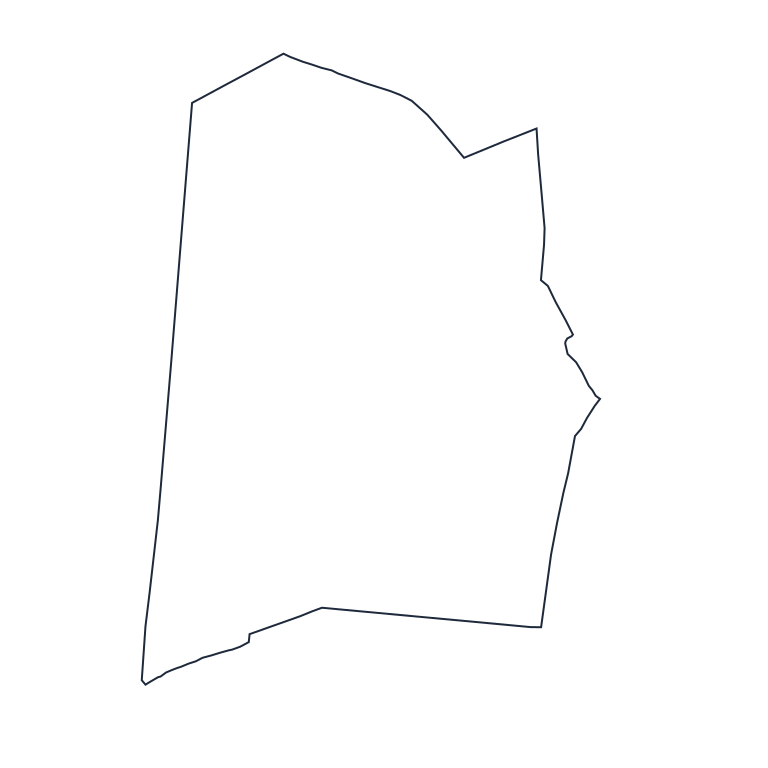 Bilma, Agadez, Niger (Robinson projection), rotated 5°
{"feature_id": "23599985B30294266740058", "entity_name": "Bilma", "entity_type": "district", "adm_level": 2, "iso_a3": "NER", "parent_name": "Niger", "parent_adm1": "Agadez", "projection": "robinson", "projection_center": [13.432, 20.296], "detail": "fine", "context": "isolated", "style": "outline", "palette": "slate", "viewbox_px": 768, "rotation_deg": 5, "n_neighbors": 0, "source": "geoboundaries", "source_scale": "gbopen_adm2", "svg_char_len": 1132}
<svg xmlns="http://www.w3.org/2000/svg" viewBox="0 0 768 768"><g transform="rotate(5 384 384)"><path d="M168.7,611.7L167.5,646.3L168.5,700.2L172.6,704.3L175.8,701.9L184.4,695.8L186.9,694.9L192.0,690.4L197.7,687.4L202.4,685.1L206.6,683.3L213.7,679.6L220.6,676.7L227.0,672.6L231.1,671.1L235.5,669.5L244.1,666.0L252.4,662.9L256.0,661.8L263.7,658.2L271.8,652.9L271.9,644.9L321.0,622.5L332.3,616.7L341.7,612.3L534.4,613.3L551.3,613.4L561.7,612.6L565.3,539.3L568.5,507.4L572.2,476.7L575.2,457.0L578.8,419.2L584.3,411.5L589.2,400.1L595.8,387.5L600.5,380.0L595.9,377.3L592.2,372.1L588.2,368.0L580.4,355.0L573.5,345.6L564.3,338.1L561.0,327.9L561.1,325.9L562.6,322.7L566.8,320.0L567.9,318.3L559.5,304.8L547.8,287.3L538.7,272.0L531.3,266.9L531.3,231.5L530.4,214.7L524.9,183.4L517.5,141.6L513.7,116.2L482.2,131.9L444.0,151.7L418.8,126.4L403.7,112.0L387.0,99.5L375.2,94.7L364.6,91.6L350.7,88.5L338.7,85.8L323.1,81.7L311.2,78.7L304.5,76.1L294.3,74.5L284.5,72.1L274.9,70.0L261.9,66.3L255.1,63.7L245.9,69.7L219.2,87.3L202.5,98.2L168.3,120.7L170.1,379.6L170.6,508.5L170.6,539.7L168.7,611.7Z" fill="none" stroke="#1e293b" stroke-width="2"/></g></svg>